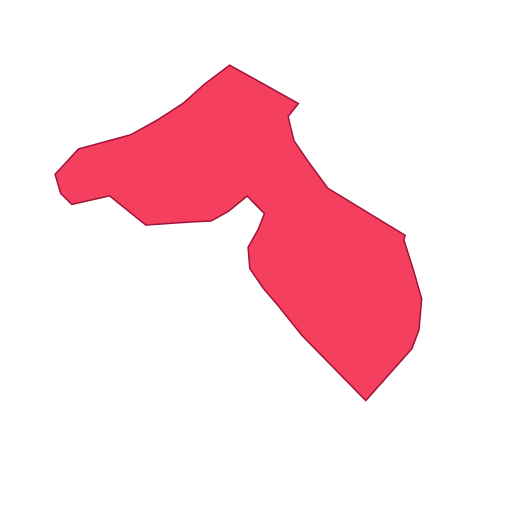 the district of Jongno-gu, Seoul, South Korea, rotated 151°
{"feature_id": "91817680B55576639555152", "entity_name": "Jongno-gu", "entity_type": "district", "adm_level": 2, "iso_a3": "KOR", "parent_name": "South Korea", "parent_adm1": "Seoul", "projection": "natural_earth1", "projection_center": [126.983, 37.59], "detail": "fine", "context": "isolated", "style": "filled", "palette": "rose", "viewbox_px": 512, "rotation_deg": 151, "n_neighbors": 0, "source": "geoboundaries", "source_scale": "gbopen_adm2", "svg_char_len": 625}
<svg xmlns="http://www.w3.org/2000/svg" viewBox="0 0 512 512"><g transform="rotate(151 256 256)"><path d="M115.5,201.7L160.3,280.4L164.7,314.9L166.9,338.6L160.3,362.4L145.0,368.8L169.1,407.7L186.6,435.7L188.7,435.4L217.2,431.4L245.6,424.9L276.2,422.8L306.8,422.8L359.3,435.7L392.1,424.9L396.5,405.5L392.6,392.1L392.1,390.4L354.9,379.6L337.4,336.5L295.9,317.1L278.4,308.4L258.7,308.4L234.7,312.7L228.1,289.0L241.2,278.2L258.7,267.5L267.5,248.1L265.3,224.3L260.9,202.8L254.3,164.0L230.1,76.3L164.7,99.3L149.4,112.2L131.9,138.1L125.4,166.1L118.8,198.5L115.5,201.7Z" fill="#f43f5e" stroke="#9f1239" stroke-width="1.5"/></g></svg>